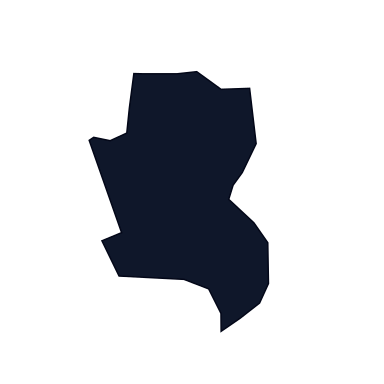 Songpa-gu, Seoul, South Korea (Robinson projection), rotated 232°
{"feature_id": "91817680B10131618900015", "entity_name": "Songpa-gu", "entity_type": "district", "adm_level": 2, "iso_a3": "KOR", "parent_name": "South Korea", "parent_adm1": "Seoul", "projection": "robinson", "projection_center": [127.12, 37.494], "detail": "fine", "context": "isolated", "style": "filled", "palette": "ink", "viewbox_px": 384, "rotation_deg": 232, "n_neighbors": 0, "source": "geoboundaries", "source_scale": "gbopen_adm2", "svg_char_len": 500}
<svg xmlns="http://www.w3.org/2000/svg" viewBox="0 0 384 384"><g transform="rotate(232 192 192)"><path d="M296.0,142.8L203.3,111.5L209.0,91.0L170.7,82.8L128.1,131.9L105.4,145.5L78.5,140.1L64.3,129.2L62.9,152.3L62.9,176.9L72.8,195.9L105.4,220.5L129.6,221.8L163.6,216.4L172.1,228.6L176.4,243.6L190.6,272.3L238.2,301.2L255.0,278.1L283.9,269.8L294.2,253.2L315.5,225.9L321.1,219.1L297.0,194.6L278.6,176.9L282.8,159.1L295.6,148.2L296.0,142.8Z" fill="#0f172a" stroke="#020617" stroke-width="1.5"/></g></svg>